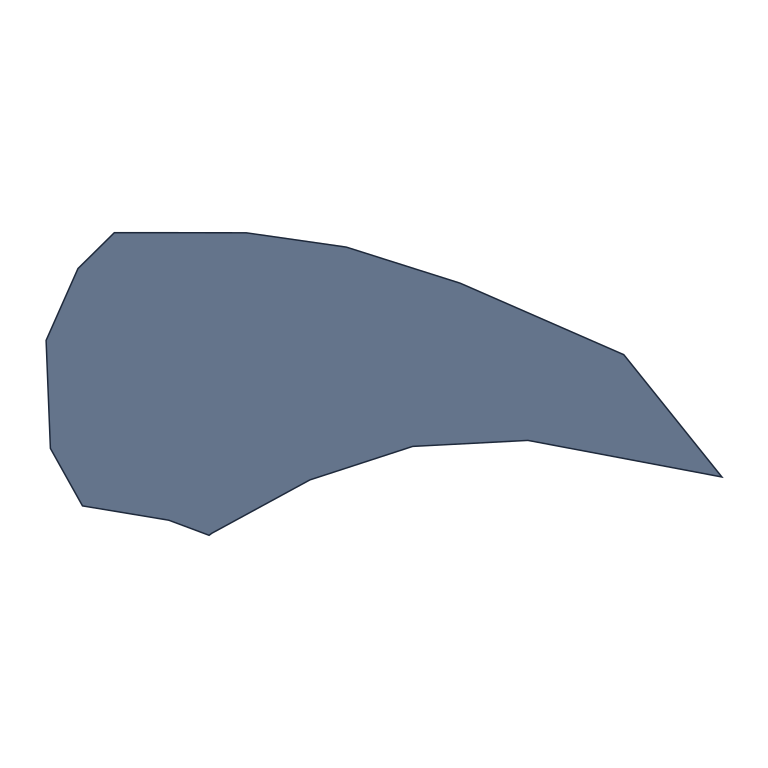 Bournemouth, Albers equal-area conic projection
{"feature_id": "GBR-2050", "entity_name": "Bournemouth", "entity_type": "Unitary Authority", "adm_level": 1, "iso_a3": "GBR", "parent_name": "United Kingdom", "parent_adm1": "", "projection": "albers", "projection_center": [-1.88, 50.735], "detail": "fine", "context": "isolated", "style": "filled", "palette": "slate", "viewbox_px": 768, "rotation_deg": 0, "n_neighbors": 0, "source": "natural_earth", "source_scale": "10m", "svg_char_len": 355}
<svg xmlns="http://www.w3.org/2000/svg" viewBox="0 0 768 768"><path d="M721.9,477.0L527.9,440.4L412.7,446.4L309.9,479.9L211.9,533.2L209.1,535.3L168.7,520.2L82.5,505.9L50.4,448.4L46.1,340.4L78.0,268.5L87.9,258.8L114.3,232.7L164.4,232.7L246.2,232.8L346.3,247.1L460.2,283.2L623.8,354.7L721.9,477.0Z" fill="#64748b" stroke="#1e293b" stroke-width="1.5"/></svg>